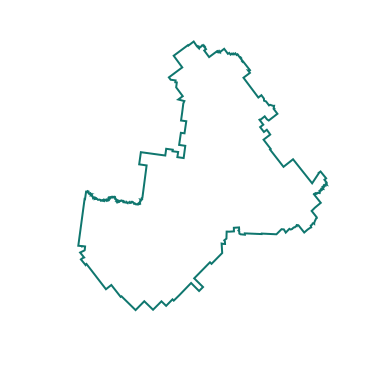 Central Darling, New South Wales, Australia (Albers equal-area conic projection), rotated 225°
{"feature_id": "25037944B50105666035452", "entity_name": "Central Darling", "entity_type": "district", "adm_level": 2, "iso_a3": "AUS", "parent_name": "Australia", "parent_adm1": "New South Wales", "projection": "albers", "projection_center": [143.358, -31.772], "detail": "fine", "context": "isolated", "style": "outline", "palette": "teal", "viewbox_px": 384, "rotation_deg": 225, "n_neighbors": 0, "source": "geoboundaries", "source_scale": "gbopen_adm2", "svg_char_len": 5928}
<svg xmlns="http://www.w3.org/2000/svg" viewBox="0 0 384 384"><g transform="rotate(225 192 192)"><path d="M237.1,319.1L247.8,320.4L248.0,319.8L249.2,319.9L249.2,320.5L251.9,320.8L251.9,321.5L253.1,321.6L253.3,321.0L256.0,321.3L256.1,321.5L257.2,321.6L257.4,320.4L259.4,320.7L259.6,319.0L260.7,319.1L260.9,317.9L261.7,318.0L261.9,316.4L264.0,316.7L264.3,315.1L270.5,316.0L271.1,311.1L271.3,311.1L271.1,310.9L271.7,310.9L271.5,310.1L271.9,310.0L271.9,309.5L272.2,309.3L272.2,309.6L272.5,309.7L272.5,310.0L273.1,310.1L273.1,309.9L273.3,309.7L273.6,309.8L273.7,310.3L275.3,299.5L283.4,300.7L283.1,302.9L285.5,303.2L285.4,303.8L286.9,304.0L287.0,303.5L288.1,303.7L288.2,302.8L288.6,302.6L288.6,302.3L288.3,302.0L288.7,298.9L288.5,298.5L289.2,298.5L289.0,299.5L290.2,299.7L290.3,298.7L291.5,298.9L291.6,298.5L297.2,299.6L298.1,292.9L298.7,293.0L301.3,275.4L287.0,273.2L289.4,256.7L286.5,256.3L282.5,259.3L281.4,257.8L280.2,258.7L277.2,254.8L266.3,253.2L267.1,247.7L261.7,250.9L260.7,248.4L254.8,240.8L250.3,234.8L246.1,238.0L238.8,228.2L241.7,226.0L234.4,216.2L229.4,219.9L221.9,210.1L227.0,206.3L230.1,210.5L234.6,207.0L235.5,208.3L240.8,204.3L236.7,198.9L256.3,184.0L248.9,174.2L242.9,178.7L223.2,153.1L222.9,152.4L222.1,151.7L222.1,151.4L222.6,151.4L222.3,151.0L222.7,150.4L223.0,150.2L222.4,150.1L222.1,150.0L222.0,149.5L222.3,149.1L222.3,148.9L222.1,148.5L221.7,148.4L221.7,147.8L221.4,147.8L221.2,147.4L220.8,147.2L221.4,146.7L221.5,146.6L220.7,146.2L221.2,145.7L221.9,145.3L222.0,145.0L221.7,144.7L222.3,144.4L222.7,143.7L222.9,143.6L223.5,143.8L223.9,143.7L224.1,143.1L224.5,142.7L225.2,143.2L225.7,142.9L226.6,143.1L227.0,142.8L227.6,142.7L227.7,142.4L227.4,141.8L227.5,141.0L228.1,140.6L228.7,140.8L228.6,140.3L229.2,140.3L229.3,139.9L229.6,139.4L229.6,138.8L230.6,138.7L230.2,138.4L231.4,138.0L231.7,137.4L232.3,137.3L232.6,136.8L233.0,136.5L233.1,137.2L233.6,137.3L234.4,137.1L234.8,136.5L235.7,136.3L236.0,136.0L235.8,135.6L236.0,135.3L236.1,135.1L236.5,134.9L236.6,134.6L237.4,134.2L236.9,134.0L236.5,133.5L236.8,133.2L237.3,133.5L237.6,133.4L237.1,132.4L237.4,131.8L237.7,132.0L238.2,131.8L238.7,132.3L239.1,132.1L239.1,132.4L239.5,132.7L239.8,133.3L240.3,133.2L240.1,133.0L240.1,132.9L240.4,132.9L241.2,132.7L241.5,133.2L242.0,133.1L242.6,133.3L242.6,133.8L242.7,134.0L243.0,134.1L243.3,134.0L243.8,133.5L243.9,132.5L244.6,132.5L245.0,132.3L244.9,132.1L244.3,132.0L244.4,131.7L244.8,131.3L245.5,131.3L246.0,130.8L245.7,130.6L245.5,130.0L246.0,130.1L246.6,129.5L247.1,129.3L247.1,129.1L246.8,128.9L246.8,128.7L246.5,128.3L245.9,128.2L245.9,127.8L245.6,127.7L245.4,127.9L245.0,127.6L245.0,127.4L245.3,127.4L245.4,126.9L245.8,127.2L246.3,127.3L246.3,126.9L246.6,126.6L246.4,126.3L247.2,126.3L247.4,125.9L247.3,125.7L246.6,125.7L246.5,125.4L247.1,125.4L247.5,124.7L248.0,124.6L247.6,124.1L247.6,123.5L248.2,123.4L248.6,124.0L249.1,124.0L249.1,123.8L248.5,123.4L248.5,123.0L248.6,122.9L249.0,123.2L249.4,123.3L249.8,122.6L249.9,121.8L250.3,121.3L250.8,121.4L251.1,121.7L251.3,121.6L252.2,121.1L252.9,120.0L254.1,120.0L254.6,119.5L254.9,119.4L255.5,118.6L255.6,119.1L255.7,119.5L256.5,118.8L256.7,119.0L256.7,119.5L257.0,119.4L257.6,118.9L257.2,118.3L257.5,117.6L257.8,117.8L258.1,118.4L259.1,118.3L259.7,118.7L260.2,118.4L260.6,118.9L261.1,118.2L261.3,118.8L261.2,119.3L261.5,119.5L262.0,118.4L262.2,118.5L262.0,119.0L262.4,118.7L263.1,119.2L263.4,118.6L263.1,118.5L263.0,118.4L263.2,118.1L263.6,117.9L264.6,118.1L265.5,119.2L266.2,118.9L265.9,118.5L266.1,117.9L267.4,117.9L267.7,118.1L262.6,111.3L263.0,111.1L234.4,73.6L231.6,75.9L231.3,75.8L231.3,76.2L229.1,77.9L226.8,75.1L226.7,74.7L228.3,70.1L222.0,69.4L222.5,68.3L222.9,65.8L215.7,65.1L215.9,65.7L215.8,66.5L184.1,62.4L183.3,69.2L168.3,67.4L168.1,68.4L148.4,68.6L148.5,81.0L136.3,81.2L136.3,93.1L129.8,93.2L129.9,102.3L128.1,102.3L128.0,109.9L128.3,127.0L117.0,127.0L117.0,132.6L129.4,132.5L129.6,155.0L127.4,155.0L127.5,170.2L134.6,176.5L133.1,177.5L131.9,178.6L133.9,180.4L135.0,180.6L134.7,183.4L139.5,188.5L137.5,190.4L134.5,193.8L137.1,196.3L133.7,200.2L132.0,198.7L131.9,197.6L130.8,197.6L129.1,196.1L127.8,196.4L124.4,199.2L125.4,200.1L113.0,211.5L113.3,211.9L102.4,221.8L102.4,229.0L100.6,230.5L97.0,229.6L97.1,234.8L95.9,235.1L95.5,235.6L95.0,236.8L95.1,237.6L95.0,238.2L95.0,238.8L94.3,239.8L94.4,240.4L94.2,241.3L93.4,241.1L93.6,241.2L93.6,241.4L94.1,241.4L94.6,242.7L93.3,243.7L93.0,243.7L84.0,242.7L83.7,247.1L83.1,250.4L82.7,251.3L84.3,252.2L84.0,253.8L84.5,255.2L84.0,255.9L83.2,256.0L83.8,256.6L84.7,258.7L85.8,261.9L85.6,262.1L85.9,262.3L94.0,263.2L94.0,267.8L93.3,275.4L104.0,276.6L103.9,276.9L104.0,277.2L103.8,277.5L104.1,277.5L103.9,278.0L103.9,278.5L103.6,278.6L103.3,277.9L103.1,277.9L102.8,278.5L103.2,278.7L103.2,279.1L102.8,279.4L102.8,279.7L102.5,279.8L102.5,280.3L100.9,281.5L101.0,281.8L101.4,282.1L101.7,282.0L102.2,282.6L102.2,283.0L102.5,283.0L102.4,283.3L102.0,283.7L102.3,284.0L102.0,284.5L102.4,284.5L102.3,284.8L102.7,285.1L102.9,285.7L102.5,286.0L101.9,285.7L101.9,286.3L101.7,286.6L101.2,287.0L101.8,287.3L102.2,287.3L102.3,287.2L102.6,287.6L103.1,287.7L102.9,288.1L103.3,288.3L103.2,288.8L102.8,288.6L102.6,288.7L102.5,289.2L102.8,289.5L102.3,289.5L102.4,290.1L102.6,290.1L102.6,289.8L103.0,289.7L103.4,290.0L103.3,290.4L102.9,290.3L102.5,290.5L102.5,290.9L102.2,291.1L102.5,291.4L102.4,291.9L102.6,292.3L102.1,292.5L103.1,292.8L102.7,293.2L103.4,293.9L107.0,294.3L106.8,296.5L115.6,297.4L115.9,295.3L115.7,295.3L113.2,283.1L143.7,286.6L145.1,274.5L166.9,277.2L166.8,278.1L178.4,279.6L177.3,287.9L178.4,288.1L178.6,288.2L183.1,288.9L183.6,285.3L189.7,286.1L189.2,290.0L195.4,290.8L195.3,291.2L194.6,292.0L194.1,296.9L190.5,296.4L188.3,296.8L186.9,307.7L192.9,308.5L192.8,309.2L193.7,309.3L194.9,311.0L195.5,310.3L198.4,308.9L198.7,308.4L198.8,307.7L203.7,308.4L205.6,307.5L207.2,308.9L211.4,309.5L211.9,305.7L236.4,309.2L235.3,317.2L238.2,317.6L237.2,318.3L237.1,319.1Z" fill="none" stroke="#0f766e" stroke-width="2"/></g></svg>